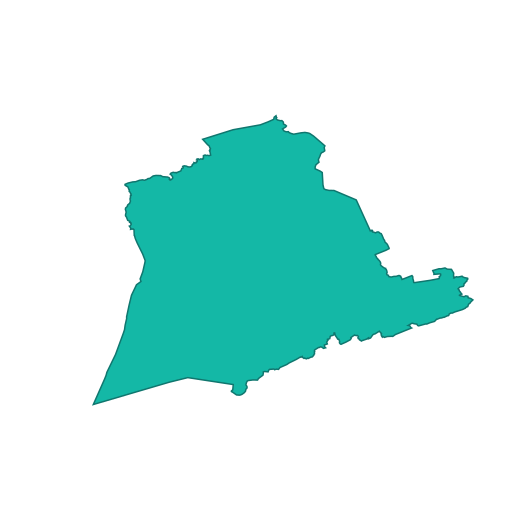 the district of Lunner nor, Oppland, Norway, rotated 164°
{"feature_id": "86288312B32418406906807", "entity_name": "Lunner nor", "entity_type": "district", "adm_level": 2, "iso_a3": "NOR", "parent_name": "Norway", "parent_adm1": "Oppland", "projection": "natural_earth1", "projection_center": [10.663, 60.235], "detail": "fine", "context": "isolated", "style": "filled", "palette": "teal", "viewbox_px": 512, "rotation_deg": 164, "n_neighbors": 0, "source": "geoboundaries", "source_scale": "gbopen_adm2", "svg_char_len": 6068}
<svg xmlns="http://www.w3.org/2000/svg" viewBox="0 0 512 512"><g transform="rotate(164 256 256)"><path d="M453.3,158.1L374.3,158.6L355.1,157.9L313.3,138.7L315.2,133.8L316.9,133.0L317.0,132.8L316.9,132.3L316.4,132.0L313.0,127.8L310.3,126.8L309.0,126.7L307.5,126.9L304.8,127.9L303.3,129.0L302.5,130.7L301.3,131.3L300.7,132.4L300.7,133.4L301.2,134.8L301.1,135.2L299.9,137.2L298.7,138.3L297.8,138.4L293.1,137.7L288.7,136.3L287.6,137.4L286.5,137.9L282.2,139.5L281.5,140.8L280.9,142.6L279.6,142.6L276.3,141.3L275.4,142.6L274.3,143.3L270.1,142.4L269.4,141.9L269.4,141.6L267.5,141.6L265.6,140.8L263.7,142.2L256.3,143.2L253.5,144.1L245.7,145.5L241.1,146.7L240.7,146.3L239.3,146.7L239.3,145.9L238.1,144.3L237.3,144.5L236.6,143.7L235.7,143.2L234.7,143.6L234.0,143.1L231.3,143.6L229.6,143.5L227.7,144.8L227.6,145.3L226.7,145.8L226.4,147.4L225.9,147.9L226.1,148.4L225.6,149.5L221.2,150.8L220.3,150.6L219.1,150.9L217.8,150.2L216.6,148.6L214.4,148.6L215.1,149.9L214.8,151.6L211.7,151.8L211.8,153.8L210.0,155.3L210.4,155.9L210.3,156.2L207.9,156.2L206.8,158.3L205.7,158.6L204.0,158.5L203.0,158.8L202.5,159.2L202.4,160.4L201.6,160.4L201.7,157.9L200.6,154.7L200.5,154.0L200.2,153.4L199.4,153.2L199.1,150.8L199.5,150.3L199.7,149.4L199.2,148.2L198.6,147.7L193.4,148.4L188.4,149.5L187.2,150.6L187.3,151.4L183.1,152.9L182.7,152.4L181.8,152.1L181.5,151.8L180.6,151.8L180.0,151.0L179.8,150.2L180.6,149.3L180.4,148.3L179.6,147.6L179.6,146.8L178.7,146.0L178.2,145.2L177.1,145.4L172.9,145.6L170.5,146.3L170.8,145.4L168.5,145.6L165.5,148.0L164.3,148.4L163.2,148.3L158.2,149.7L158.1,149.1L157.4,148.4L156.9,146.9L157.2,146.9L157.4,144.8L156.9,143.2L156.2,143.7L155.1,142.4L152.0,142.4L147.6,141.4L146.7,141.0L143.6,142.1L126.3,143.9L126.8,144.4L127.5,146.7L128.8,147.3L125.1,148.3L124.0,148.2L122.9,147.4L120.1,146.1L119.8,144.7L118.9,144.0L111.5,143.9L110.6,143.5L107.3,143.9L102.5,143.9L101.1,144.6L99.9,145.5L99.3,145.3L96.3,145.6L94.7,145.3L92.7,145.4L92.0,145.2L89.1,145.7L88.2,145.8L87.9,145.6L87.1,145.8L86.2,147.0L84.4,147.4L82.9,147.0L80.6,147.4L72.4,147.6L69.3,148.1L68.1,148.8L66.4,149.0L65.0,151.1L63.4,151.6L62.4,152.5L59.6,154.0L61.2,155.9L63.6,157.4L63.4,158.1L63.6,158.5L63.5,158.9L65.4,159.9L67.3,159.5L71.0,161.8L71.2,162.2L69.9,162.6L68.6,162.6L68.6,162.8L69.1,163.6L69.5,165.2L69.9,165.5L70.1,166.4L70.0,167.3L70.4,167.6L70.8,168.8L68.5,170.0L65.1,169.7L64.2,170.5L63.6,172.1L62.7,172.3L61.6,173.2L60.3,173.7L59.7,174.9L58.7,175.5L58.7,176.3L61.6,177.8L63.4,179.3L63.5,179.8L66.8,180.0L68.2,180.3L69.0,180.8L70.2,180.7L71.6,180.2L72.0,180.4L71.4,181.5L71.7,182.1L70.7,185.0L71.8,189.3L75.7,190.6L77.6,192.4L81.7,192.7L83.5,193.3L90.1,193.3L89.7,189.9L90.0,189.3L84.0,188.1L83.5,187.8L83.5,187.5L84.0,186.3L85.7,185.5L85.6,184.7L86.2,183.8L95.2,184.6L110.9,186.7L111.7,187.1L111.4,189.2L111.5,190.7L111.0,193.1L111.5,194.2L122.1,193.2L122.1,194.5L122.7,196.0L122.4,196.5L123.4,197.6L124.2,197.9L126.9,197.8L129.1,198.4L131.8,198.5L133.9,199.5L134.1,200.2L134.0,200.9L135.2,201.8L135.3,202.4L135.2,203.4L134.6,203.8L134.4,205.0L134.4,206.3L134.6,207.4L135.1,207.9L134.9,208.4L135.4,208.6L136.6,209.8L138.4,212.2L138.8,213.3L138.2,214.4L138.1,215.7L138.8,217.8L139.8,219.3L139.7,219.8L140.6,221.2L140.6,222.5L141.1,223.6L141.0,224.5L129.5,225.7L126.0,226.4L125.9,227.0L126.5,230.7L126.8,231.6L128.2,234.0L128.1,235.7L128.6,236.7L129.1,241.1L129.5,243.0L130.6,243.8L131.3,245.0L131.8,245.4L133.0,245.7L134.7,245.3L136.7,246.8L137.1,246.8L137.6,247.6L137.0,248.3L137.2,248.7L137.9,248.9L139.2,248.7L139.2,248.8L144.2,282.3L163.0,297.5L167.7,298.9L171.0,300.7L172.2,302.0L172.0,306.0L169.3,318.0L170.9,319.9L175.1,323.5L174.6,325.3L173.2,327.2L169.6,328.8L169.6,330.5L169.3,331.8L167.3,334.0L165.6,336.4L164.3,337.3L163.3,337.3L161.0,338.1L160.8,338.6L160.6,341.4L159.4,342.9L167.6,355.4L170.6,359.0L172.0,359.9L174.9,361.3L178.9,362.0L186.2,362.7L188.7,364.3L190.2,365.6L190.6,366.6L192.6,367.0L194.5,368.3L195.5,370.8L191.9,371.8L190.9,372.6L191.5,373.7L193.2,375.3L192.8,377.2L193.8,379.0L195.4,379.4L197.8,380.8L198.9,382.2L198.8,382.6L197.9,383.3L198.3,384.1L198.1,384.5L198.1,385.3L200.3,384.4L201.3,382.5L207.6,381.6L215.7,380.9L243.2,383.7L275.1,382.9L271.8,376.2L270.8,375.0L270.4,372.2L270.2,372.0L270.2,371.6L271.0,371.0L270.9,370.6L271.2,369.9L271.7,369.9L271.5,368.7L271.8,365.4L273.5,365.4L274.8,366.2L276.4,366.4L277.0,367.1L278.2,367.1L279.1,366.7L279.0,366.0L279.6,365.0L279.5,364.7L280.1,364.4L279.9,364.2L280.4,363.7L281.0,363.8L282.2,364.6L283.9,364.3L284.7,365.3L286.0,365.5L286.2,365.1L286.0,364.7L286.5,364.6L286.1,364.2L286.1,363.8L286.5,362.9L287.4,362.9L287.7,362.2L288.2,362.0L289.9,362.9L289.9,362.3L290.2,361.9L291.4,361.8L292.4,361.0L292.3,360.6L293.0,360.0L293.5,359.8L295.1,359.8L296.9,360.5L298.0,361.5L299.9,362.4L301.3,362.5L301.8,362.2L301.5,361.5L301.8,360.7L303.2,360.6L304.8,358.5L308.6,358.1L309.4,357.8L309.9,358.4L310.6,358.3L312.6,359.3L314.9,359.1L315.9,358.4L315.5,358.0L314.4,355.5L314.4,354.7L314.5,353.9L316.1,352.9L317.6,352.6L318.2,353.6L317.5,354.2L317.8,355.0L319.1,356.2L323.8,358.0L325.5,359.6L329.9,361.0L332.8,361.3L336.7,359.9L338.5,360.2L339.4,359.8L342.2,359.5L344.1,360.5L347.1,360.9L351.2,360.6L354.1,361.2L358.9,361.4L362.1,361.0L362.3,360.6L362.3,360.0L360.1,357.7L359.8,354.9L359.5,354.7L360.1,353.0L359.4,351.9L359.4,350.9L359.1,350.5L359.1,349.6L359.8,349.0L359.4,348.6L360.1,348.1L360.6,347.2L360.6,346.4L361.2,346.0L361.6,344.5L361.5,343.5L362.9,341.5L365.3,340.4L365.7,339.9L366.0,339.1L368.1,338.1L368.7,336.9L368.7,334.0L370.2,331.3L370.3,330.4L369.8,329.1L369.5,325.7L367.8,324.1L367.7,323.8L368.2,323.2L367.2,322.5L367.4,322.0L367.1,321.5L367.2,320.9L367.9,320.2L368.8,319.6L369.5,319.6L368.7,317.3L369.2,316.2L367.5,316.1L367.0,315.7L366.6,315.8L366.0,315.0L367.4,309.2L367.1,308.6L367.2,308.1L367.2,305.9L366.6,301.2L364.4,289.2L363.8,282.3L364.3,280.9L369.2,272.0L373.7,265.9L373.6,263.2L378.8,261.3L386.5,252.6L391.5,243.8L397.2,233.1L397.5,231.7L400.9,225.5L402.7,221.4L404.9,218.2L418.2,200.0L431.4,185.3L433.0,182.6L435.5,179.4L453.3,158.1Z" fill="#14b8a6" stroke="#0f766e" stroke-width="1.5"/></g></svg>